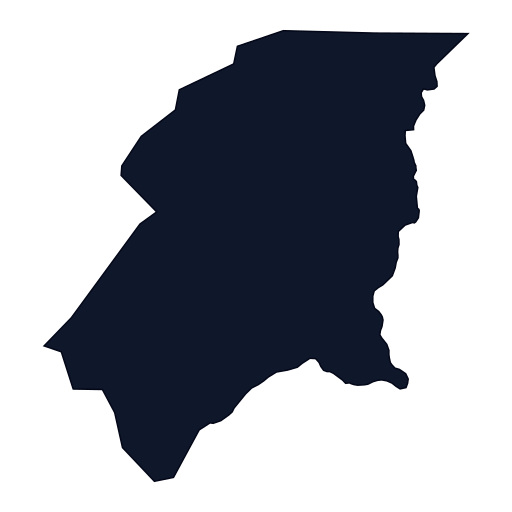 Johnson, Tennessee, United States of America
{"feature_id": "52423323B99720105467999", "entity_name": "Johnson", "entity_type": "district", "adm_level": 2, "iso_a3": "USA", "parent_name": "United States of America", "parent_adm1": "Tennessee", "projection": "albers", "projection_center": [-81.77, 36.438], "detail": "fine", "context": "isolated", "style": "filled", "palette": "ink", "viewbox_px": 512, "rotation_deg": 0, "n_neighbors": 0, "source": "geoboundaries", "source_scale": "gbopen_adm2", "svg_char_len": 1840}
<svg xmlns="http://www.w3.org/2000/svg" viewBox="0 0 512 512"><path d="M173.5,477.4L188.9,448.9L199.2,429.9L210.0,422.9L213.2,423.3L220.8,420.7L228.9,414.9L232.2,411.9L234.1,408.0L245.6,393.9L251.6,388.0L258.3,384.6L263.7,380.9L268.2,377.1L276.5,372.0L287.5,370.1L297.4,367.2L302.2,363.3L309.9,358.3L315.6,358.6L319.1,362.5L320.8,366.4L323.6,370.3L327.1,371.6L329.9,371.6L333.4,373.3L342.6,380.1L345.6,383.3L349.4,382.9L351.2,383.7L354.0,384.6L357.6,385.2L364.4,384.8L367.9,384.2L373.0,381.7L377.7,380.3L381.8,379.9L387.0,380.9L392.0,383.1L396.0,386.3L400.1,388.9L406.0,387.6L407.6,383.3L408.2,379.0L405.7,373.7L399.4,369.4L394.9,368.1L391.7,364.6L390.3,362.5L389.3,357.7L388.9,354.7L388.9,350.3L386.8,344.4L381.6,337.8L379.8,334.7L380.5,330.4L382.0,326.5L383.0,320.0L382.3,316.9L381.2,314.8L378.8,311.6L374.6,308.3L372.8,302.6L372.8,296.1L374.2,290.9L378.3,287.6L382.8,284.9L392.3,275.8L395.2,267.9L396.2,262.3L397.9,257.9L397.9,255.3L397.6,251.9L397.9,248.0L399.0,244.5L398.9,239.5L398.1,236.4L398.3,231.5L405.1,225.1L412.5,222.5L414.4,222.9L415.7,221.9L418.4,217.8L419.2,210.9L418.9,209.4L417.4,208.1L416.3,196.3L417.8,187.5L416.8,185.2L416.4,181.7L415.3,180.3L413.6,179.3L413.3,176.2L413.6,175.7L415.6,171.6L416.3,170.5L415.8,167.1L415.9,166.0L414.1,162.1L413.9,160.3L413.4,158.7L413.0,157.3L410.9,150.8L405.7,143.4L405.0,135.7L405.3,130.5L413.6,129.7L413.5,126.0L416.0,120.0L419.8,114.0L423.7,110.1L424.7,105.3L423.6,100.5L421.5,96.6L421.2,92.7L423.5,88.9L427.4,89.9L434.1,89.0L437.1,86.3L436.9,81.6L435.0,75.8L433.9,67.4L436.5,64.1L467.9,33.6L375.5,33.1L283.3,30.7L237.4,46.3L233.7,63.9L179.3,89.8L175.4,109.9L141.3,136.3L121.8,165.9L121.1,175.4L156.7,211.9L140.0,224.0L71.3,317.8L44.1,345.9L61.3,351.8L73.2,389.0L102.4,389.5L114.7,412.6L122.5,447.6L154.4,481.3L173.5,477.4Z" fill="#0f172a" stroke="#020617" stroke-width="1.5"/></svg>